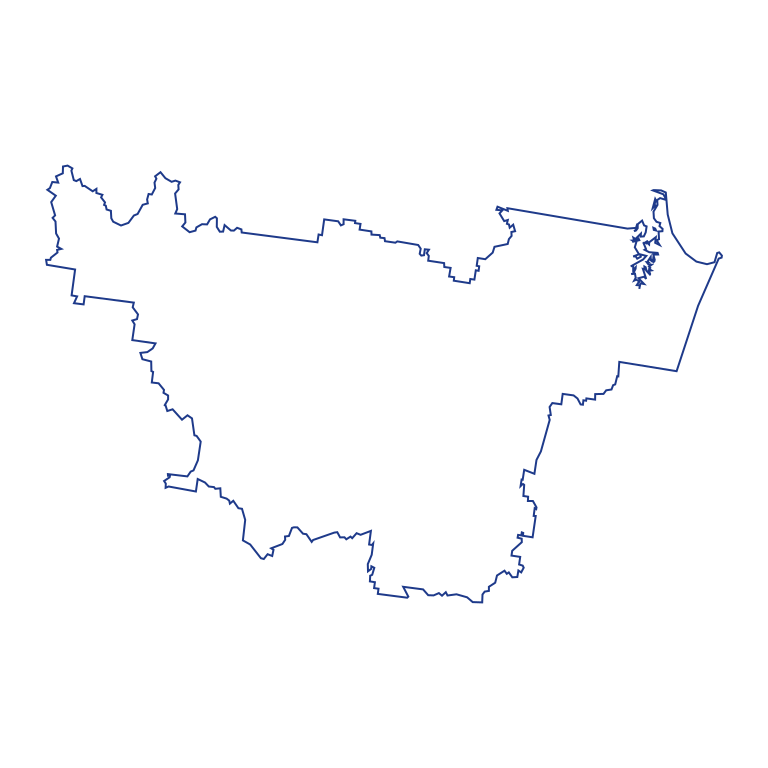 the district of Gympie, Queensland, Australia
{"feature_id": "25037944B82919316631597", "entity_name": "Gympie", "entity_type": "district", "adm_level": 2, "iso_a3": "AUS", "parent_name": "Australia", "parent_adm1": "Queensland", "projection": "orthographic", "projection_center": [152.893, -26.177], "detail": "fine", "context": "isolated", "style": "outline", "palette": "blue", "viewbox_px": 768, "rotation_deg": 0, "n_neighbors": 0, "source": "geoboundaries", "source_scale": "gbopen_adm2", "svg_char_len": 6078}
<svg xmlns="http://www.w3.org/2000/svg" viewBox="0 0 768 768"><path d="M160.5,172.2L155.1,176.3L156.4,178.7L154.5,182.6L155.2,188.0L151.8,194.5L148.6,194.0L147.1,199.5L147.8,203.4L142.7,204.8L137.6,214.0L133.9,215.5L128.4,222.9L121.0,225.5L113.2,221.7L111.3,218.3L110.9,210.8L106.6,209.5L105.8,205.7L104.1,204.9L105.0,202.4L101.1,197.4L102.4,194.8L96.4,193.0L96.4,188.9L92.7,191.3L84.7,185.9L82.5,186.1L80.0,179.0L76.3,181.1L73.8,180.1L71.4,170.7L72.4,168.4L67.6,165.6L63.0,166.5L62.8,173.3L56.0,176.4L58.2,182.6L52.3,182.0L49.9,188.1L47.4,189.8L55.8,195.7L51.2,202.1L55.1,215.4L52.6,217.9L55.5,221.5L56.1,233.5L59.0,238.6L57.1,246.6L61.3,248.9L57.1,249.9L57.5,252.5L50.9,257.7L50.3,259.9L46.1,259.9L46.9,264.8L75.1,269.5L71.6,295.4L77.1,296.4L74.0,303.2L83.6,304.4L84.7,296.2L133.8,302.6L132.7,307.3L138.0,314.4L137.0,319.1L132.3,320.5L134.6,324.3L132.3,340.1L155.5,343.4L152.7,348.4L147.3,352.1L140.4,352.9L142.4,359.2L151.2,361.5L151.4,371.1L153.1,371.9L151.8,382.5L158.6,383.3L164.0,389.9L163.5,392.8L168.1,395.5L168.1,399.4L164.3,405.9L165.4,404.9L167.3,411.0L172.6,409.3L182.0,419.7L187.5,415.3L192.0,418.4L194.4,435.3L196.6,435.9L200.7,441.6L197.9,460.3L193.5,470.4L190.7,471.6L187.4,476.4L167.9,474.1L168.0,475.7L170.0,475.6L169.6,477.3L164.1,481.0L165.8,483.6L165.6,487.8L168.6,486.5L195.9,491.5L197.7,479.0L205.0,482.5L208.8,486.5L214.0,487.1L215.3,488.8L220.3,488.3L220.8,496.8L226.6,498.6L229.2,500.6L229.9,503.6L233.3,500.8L238.4,508.2L242.0,508.8L245.2,519.9L242.9,540.4L250.2,544.5L260.9,558.2L263.8,559.0L267.6,554.2L272.2,556.0L273.5,549.8L271.2,548.3L282.4,544.0L285.2,539.8L285.0,536.5L288.9,536.0L292.0,527.9L294.0,527.3L297.4,527.4L303.0,533.7L306.4,534.2L311.7,541.9L313.1,540.0L334.3,532.6L337.3,532.2L340.1,537.4L344.5,537.3L346.3,539.3L350.5,536.6L352.2,538.2L356.6,533.2L360.6,534.8L370.9,530.9L369.1,544.5L371.9,545.0L373.2,543.4L371.7,554.8L367.8,564.1L368.0,571.3L371.2,568.9L371.4,566.3L374.3,567.8L372.2,574.8L370.2,575.7L369.9,581.4L374.9,582.2L374.1,588.1L378.5,588.7L377.8,593.9L407.2,597.7L408.3,596.6L403.2,586.8L423.1,589.4L428.2,595.2L433.6,595.4L438.9,593.1L442.0,595.7L445.8,592.2L447.5,595.5L456.5,594.3L467.1,597.3L472.7,602.1L482.2,602.4L482.5,594.5L484.7,591.6L488.9,590.9L488.9,586.8L495.2,582.7L497.0,575.5L504.5,570.7L506.8,573.8L508.8,572.4L512.3,577.3L517.3,577.0L518.4,570.5L521.2,572.4L523.7,567.7L522.7,565.6L519.1,564.5L520.2,556.9L511.5,555.6L512.2,550.8L521.8,542.2L521.7,538.7L517.6,537.7L518.1,534.9L521.3,535.4L521.8,532.4L523.2,532.9L523.0,535.8L532.6,537.3L535.7,516.0L533.7,515.9L534.7,508.2L536.2,509.1L536.5,507.4L532.9,501.0L527.9,501.0L528.1,496.7L523.4,496.0L524.2,484.9L523.3,484.1L522.6,484.1L520.6,486.1L521.6,479.5L522.7,479.7L524.2,469.8L534.4,473.8L536.5,459.9L540.9,451.4L549.7,419.9L548.5,415.5L550.8,415.0L549.6,407.0L552.3,403.1L561.3,404.3L562.7,393.9L573.6,395.4L577.5,398.5L580.6,404.4L582.9,404.7L583.4,400.3L586.1,400.7L586.4,398.4L595.1,399.6L595.2,394.1L603.5,393.9L606.2,390.3L611.5,389.5L613.1,385.2L615.2,384.4L617.2,376.2L618.3,376.4L619.3,361.9L676.6,371.2L698.1,305.8L718.7,258.6L721.6,257.6L721.9,255.6L719.2,252.4L717.2,253.0L714.5,262.2L707.0,264.2L696.4,261.6L685.6,253.5L672.4,233.3L667.7,214.5L665.8,192.5L661.1,190.4L654.1,190.1L653.5,190.1L652.8,190.4L663.4,194.3L665.3,197.9L665.1,199.6L660.1,198.1L657.2,200.0L657.5,204.9L653.5,211.6L653.9,218.2L656.5,221.8L660.3,223.0L659.5,226.1L662.6,228.9L662.4,231.2L658.6,231.5L659.0,239.2L656.7,240.3L659.6,245.0L655.2,242.8L655.8,237.2L649.2,242.3L649.1,244.5L647.0,242.7L645.6,244.0L647.9,240.8L644.1,243.2L643.2,242.3L646.0,249.0L644.6,249.8L649.2,252.2L657.6,252.9L658.1,254.5L653.3,254.6L654.9,260.4L653.3,258.6L653.2,260.8L654.4,260.8L654.5,260.9L654.5,261.0L654.3,261.3L654.5,261.1L654.3,261.3L654.4,260.8L653.2,260.9L652.3,260.2L652.0,261.3L650.7,260.2L650.7,256.9L647.6,261.5L648.5,262.3L646.7,262.2L648.5,264.5L651.5,264.8L649.0,266.7L650.2,267.9L649.1,269.0L651.4,270.4L648.9,270.8L650.1,273.7L650.1,274.2L649.9,274.5L646.3,270.7L645.7,267.3L644.4,266.5L644.4,269.3L642.9,268.9L646.2,278.9L644.1,276.7L638.5,278.2L644.1,284.0L640.4,283.4L639.3,288.9L639.9,285.4L636.8,285.1L639.2,281.3L635.5,279.3L635.1,280.2L634.2,280.6L635.7,277.8L635.0,273.7L631.2,274.1L633.3,273.4L635.6,268.7L635.7,267.3L633.2,270.0L633.2,265.5L630.7,266.4L643.1,259.5L646.3,255.9L640.0,254.3L640.8,256.7L637.2,258.7L635.8,256.5L633.2,256.4L639.0,254.3L634.8,247.3L636.7,240.8L639.3,240.2L638.6,238.7L635.7,241.1L632.3,241.9L633.5,241.1L632.5,240.5L636.0,240.2L635.6,239.9L634.2,239.9L633.6,239.7L634.9,239.7L633.8,239.2L633.4,237.7L635.4,239.0L640.9,233.6L640.7,236.6L643.8,236.4L645.7,232.4L646.6,226.4L644.1,225.4L642.1,220.6L637.7,224.2L637.7,228.2L636.0,230.5L634.1,231.2L636.8,229.0L637.0,227.9L636.5,226.3L636.0,227.9L627.5,228.6L507.4,208.2L507.8,210.8L497.5,206.7L496.4,209.8L502.3,210.4L499.5,213.4L504.2,221.1L507.8,220.0L506.9,223.8L509.0,224.5L509.7,227.7L513.2,224.7L515.1,231.2L511.4,232.0L511.6,235.9L508.9,239.1L507.7,244.0L494.5,246.8L492.7,252.6L485.3,259.2L477.8,258.0L476.7,265.8L479.2,266.3L478.6,270.8L475.8,270.3L474.4,279.6L470.3,279.0L469.7,283.2L453.8,280.7L454.2,277.2L449.1,276.5L450.6,267.9L444.3,267.0L444.1,263.1L428.2,260.7L428.8,255.9L426.7,253.1L428.9,249.7L424.8,249.3L424.0,255.2L421.3,255.6L419.7,253.8L420.7,248.7L418.2,245.0L397.3,241.4L395.4,242.7L385.0,241.2L384.5,238.1L380.3,237.7L379.7,235.1L371.5,234.6L371.4,231.4L359.6,229.6L360.5,223.9L355.0,223.1L355.3,220.8L343.6,219.3L343.6,224.2L340.9,225.4L338.2,221.3L324.2,219.4L322.0,235.2L318.6,234.5L317.4,242.3L241.7,232.5L241.4,229.4L237.1,227.8L233.9,230.6L230.9,230.5L224.6,225.1L223.1,231.6L219.8,231.7L216.8,226.9L216.9,218.3L215.2,216.8L210.0,219.4L207.1,224.4L202.0,224.2L196.4,227.4L195.5,230.6L189.6,232.2L182.2,226.4L185.4,222.5L185.0,214.3L175.3,213.5L177.2,209.1L175.1,193.5L178.6,189.4L178.3,184.9L180.0,182.3L175.4,180.6L171.6,181.8L165.4,178.2L160.5,172.2ZM654.5,204.4L655.9,200.2L655.2,198.9L652.7,208.2L655.5,205.4L654.5,204.4ZM656.1,230.5L655.2,228.6L653.4,227.8L653.8,229.9L656.1,230.5Z" fill="none" stroke="#1e3a8a" stroke-width="2"/></svg>